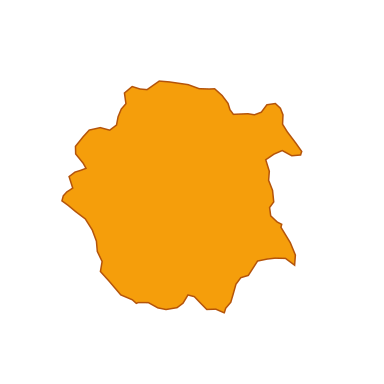 the district of Hässleholm, Skåne, Sweden, rotated 233°
{"feature_id": "70781695B37771083391359", "entity_name": "Hässleholm", "entity_type": "district", "adm_level": 2, "iso_a3": "SWE", "parent_name": "Sweden", "parent_adm1": "Skåne", "projection": "natural_earth1", "projection_center": [13.744, 56.208], "detail": "fine", "context": "isolated", "style": "filled", "palette": "amber", "viewbox_px": 384, "rotation_deg": 233, "n_neighbors": 0, "source": "geoboundaries", "source_scale": "gbopen_adm2", "svg_char_len": 1358}
<svg xmlns="http://www.w3.org/2000/svg" viewBox="0 0 384 384"><g transform="rotate(233 192 192)"><path d="M112.2,244.2L116.7,242.0L125.6,240.5L132.9,244.6L134.9,251.3L144.8,257.3L155.2,260.2L162.0,266.2L173.4,270.3L172.9,280.4L170.8,289.0L160.9,293.5L156.2,301.0L157.4,302.6L158.3,304.0L168.2,304.3L182.8,304.3L191.6,305.1L198.9,311.1L203.9,312.5L205.7,313.0L212.5,311.8L216.6,304.3L214.0,295.4L216.1,288.3L220.8,283.8L226.0,276.3L229.1,271.8L234.8,271.8L241.1,274.1L250.9,274.1L260.8,272.2L263.9,267.7L270.2,259.9L280.1,253.5L293.6,240.1L300.3,232.6L300.8,217.7L305.5,212.5L312.2,207.7L312.2,206.8L311.7,197.6L302.3,192.4L300.8,185.4L296.6,178.3L290.9,172.0L290.9,163.5L298.6,157.5L303.3,147.2L301.7,138.6L298.6,126.4L293.4,122.7L292.4,122.0L280.4,122.4L274.7,121.6L276.3,116.1L278.3,110.5L278.3,103.1L266.9,99.1L267.4,92.0L266.4,86.9L263.2,82.8L256.0,85.0L246.6,87.2L234.7,90.6L221.7,89.5L210.3,86.1L201.5,80.6L190.6,78.4L183.6,71.0L171.4,72.1L152.7,73.2L141.8,79.5L136.6,80.5L136.1,82.4L129.9,90.6L120.0,95.0L113.8,100.5L108.6,110.5L108.6,117.9L112.2,126.8L107.0,130.9L97.6,132.0L89.3,133.1L84.1,140.5L76.3,144.9L76.1,145.1L78.9,149.0L80.6,156.6L85.2,162.8L91.9,171.6L94.2,179.4L91.5,186.8L97.4,202.8L93.3,211.5L89.2,218.5L82.7,226.7L71.8,229.9L79.4,236.6L92.4,240.0L110.3,241.8L112.2,244.2Z" fill="#f59e0b" stroke="#b45309" stroke-width="1.5"/></g></svg>